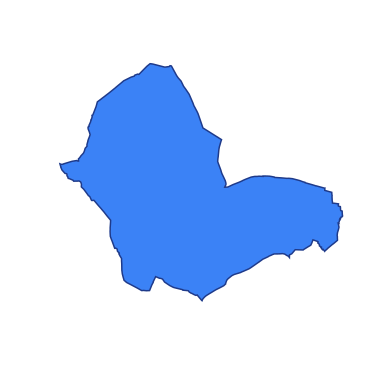 the district of Ozolaines pag., Rezeknes, Latvia, rotated 51°
{"feature_id": "27541924B10395676921147", "entity_name": "Ozolaines pag.", "entity_type": "district", "adm_level": 2, "iso_a3": "LVA", "parent_name": "Latvia", "parent_adm1": "Rezeknes", "projection": "robinson", "projection_center": [27.268, 56.437], "detail": "fine", "context": "isolated", "style": "filled", "palette": "blue", "viewbox_px": 384, "rotation_deg": 51, "n_neighbors": 0, "source": "geoboundaries", "source_scale": "gbopen_adm2", "svg_char_len": 5624}
<svg xmlns="http://www.w3.org/2000/svg" viewBox="0 0 384 384"><g transform="rotate(51 192 192)"><path d="M272.6,86.3L272.5,86.5L265.4,91.6L265.1,92.0L264.9,92.1L264.5,92.3L261.7,94.2L255.9,98.3L255.6,98.1L253.8,99.4L250.9,101.1L249.1,102.4L244.8,105.6L242.4,108.0L241.0,109.8L237.7,113.2L232.6,118.7L232.2,118.6L230.4,120.1L228.5,121.8L226.8,123.7L224.3,126.7L224.6,126.9L223.9,127.7L223.3,128.4L221.8,130.1L221.2,131.1L220.4,132.2L219.4,133.4L217.6,136.7L215.8,142.4L215.6,143.1L215.1,144.9L214.9,146.0L214.1,149.1L213.1,152.2L212.1,155.3L210.7,161.0L209.0,163.4L208.9,163.5L208.8,163.2L208.4,162.7L208.2,162.3L207.9,161.5L207.6,161.0L207.2,160.6L206.8,160.3L206.3,160.0L205.0,159.4L204.0,159.0L201.6,158.4L200.0,158.0L197.0,157.3L196.0,157.0L195.2,156.7L194.7,156.5L193.3,155.9L192.2,155.5L189.5,154.6L186.5,153.6L185.1,153.1L184.5,152.9L182.5,151.0L180.8,149.2L176.3,144.8L175.4,143.8L174.2,142.4L172.8,140.4L170.9,137.7L169.9,136.1L161.1,139.1L155.5,141.0L149.1,143.2L140.7,140.1L134.9,138.0L132.4,137.4L126.7,136.3L126.4,136.3L123.2,135.2L114.2,132.7L108.4,132.2L104.5,132.0L102.8,131.6L99.0,130.7L94.5,130.9L91.9,130.7L81.1,128.7L80.2,129.4L80.0,129.6L80.2,130.7L78.2,134.0L77.8,134.6L68.6,141.4L67.7,142.1L65.9,143.8L65.9,147.9L66.4,152.5L67.2,159.3L66.2,160.0L65.2,162.9L65.4,163.5L65.6,164.0L64.4,167.0L62.6,175.0L62.8,187.9L62.8,194.7L62.4,208.8L65.2,212.7L67.1,216.0L69.6,220.4L69.7,220.7L69.7,221.1L69.5,221.5L70.0,221.9L70.6,222.1L70.8,222.3L71.1,222.8L72.1,224.3L72.5,224.8L72.3,225.0L73.8,226.9L74.1,227.6L75.2,229.7L75.2,229.8L76.4,230.9L76.5,231.0L76.8,231.0L76.0,231.4L76.5,232.3L77.8,233.1L80.7,234.0L81.9,234.5L83.3,235.1L84.9,237.6L85.3,238.5L86.7,240.7L86.9,240.8L89.0,243.8L89.3,244.0L90.4,244.9L90.8,247.5L92.6,250.1L93.5,252.0L94.0,255.6L94.3,256.5L94.7,258.0L94.8,259.4L96.5,260.7L95.6,261.6L95.0,261.8L94.8,262.1L94.6,262.5L92.7,265.8L92.2,267.0L91.9,267.7L91.6,268.5L89.4,273.9L89.1,275.0L88.4,276.0L88.1,276.3L87.0,276.9L87.6,277.2L90.1,278.2L90.2,278.3L90.3,278.2L91.0,278.6L93.1,279.2L95.5,279.1L97.6,279.0L98.9,277.9L100.0,278.3L100.2,278.5L100.6,278.9L100.8,279.0L101.1,279.0L101.7,278.9L101.9,278.9L102.8,279.4L103.0,279.5L103.4,279.6L103.6,279.6L104.3,279.0L108.1,277.0L109.0,277.2L109.3,276.9L111.5,274.1L112.3,272.9L112.7,272.7L114.0,272.2L114.8,272.4L116.1,272.9L116.6,273.2L117.7,274.2L118.4,274.8L121.7,274.4L126.9,274.6L129.7,274.8L130.1,274.6L131.0,274.4L131.6,274.4L133.1,274.8L135.0,275.3L135.6,275.2L136.7,273.5L137.6,273.4L143.4,273.3L147.3,273.1L148.4,273.1L151.9,273.0L157.3,273.1L162.7,273.0L163.4,273.6L164.1,274.2L168.5,278.3L169.2,278.8L171.0,280.4L172.6,281.6L175.1,283.4L177.9,284.4L179.6,284.9L187.1,287.5L187.3,287.4L187.3,287.1L187.3,286.9L187.5,286.7L188.4,286.3L188.9,286.2L189.3,286.1L189.6,286.2L190.8,287.1L191.0,287.1L191.3,287.2L192.7,287.1L193.1,286.9L193.3,286.9L193.6,287.0L193.9,287.1L193.9,287.4L193.9,287.5L193.5,287.6L196.4,288.2L199.3,288.6L200.1,289.2L201.2,290.1L203.6,291.8L208.6,295.7L211.8,297.7L215.1,299.2L218.0,300.4L218.3,300.3L218.6,300.2L219.1,300.1L220.2,300.0L220.8,299.7L221.3,299.7L222.0,299.4L225.6,297.8L232.4,294.9L237.0,293.1L237.9,291.7L240.0,289.6L241.9,287.0L238.9,281.6L237.8,279.0L237.4,278.7L234.9,273.5L238.5,271.6L239.7,270.5L241.2,269.7L244.7,270.0L250.6,268.2L254.4,266.5L255.8,265.5L262.1,260.7L262.5,260.9L266.4,257.0L268.1,257.1L269.5,256.5L269.9,256.5L270.6,256.0L273.4,254.8L274.8,254.0L275.3,252.8L277.4,252.8L282.3,252.7L282.8,252.6L282.3,251.7L282.1,251.3L281.8,250.2L281.7,249.4L281.6,248.8L281.5,247.6L281.5,246.1L281.6,245.3L281.9,242.8L282.4,239.4L282.6,237.8L283.0,234.9L284.0,230.4L284.5,227.9L284.8,226.3L284.6,223.7L284.2,223.5L284.0,223.1L283.0,221.5L282.7,221.0L282.5,220.5L282.3,220.0L282.3,219.7L282.2,219.2L282.1,218.4L282.1,215.6L282.1,215.2L282.1,213.7L282.6,211.3L283.0,210.2L284.6,206.3L285.2,204.8L285.3,204.1L285.4,203.7L285.9,202.1L287.6,195.9L287.9,193.0L287.9,192.7L288.0,191.5L288.2,188.8L288.7,181.4L288.8,179.2L289.3,177.3L290.2,173.6L290.4,171.9L290.8,170.9L291.4,168.4L291.7,167.8L291.8,167.2L294.3,164.0L295.5,162.4L296.9,160.4L298.6,159.0L300.9,158.3L301.9,157.7L302.2,157.7L303.4,157.5L304.2,157.5L303.5,156.9L302.3,155.9L302.3,155.4L302.8,153.4L302.4,151.2L301.8,148.1L304.5,145.0L307.0,142.1L307.0,141.1L307.3,138.9L307.4,138.0L307.6,136.4L308.0,133.9L308.1,133.2L307.1,131.1L305.3,128.1L307.4,126.8L309.8,125.3L310.6,125.9L310.7,126.3L312.7,126.0L312.8,126.1L313.0,126.1L314.1,126.9L316.1,126.2L316.0,126.7L317.9,126.9L319.0,126.9L319.0,126.2L321.6,126.2L321.4,125.7L321.4,125.1L321.4,124.1L321.3,122.5L321.2,121.8L321.1,115.7L321.2,114.8L321.1,109.4L320.7,109.0L319.4,108.1L318.2,107.1L317.2,106.6L316.0,105.4L314.9,104.2L314.6,103.7L314.0,102.8L312.7,101.0L312.1,100.2L311.8,99.9L311.6,99.7L311.3,99.7L310.4,99.2L310.1,98.9L309.6,98.6L309.3,98.6L309.2,98.6L309.0,98.4L308.9,98.3L308.6,98.2L308.6,97.9L308.4,97.9L308.5,97.8L308.4,97.8L308.4,97.6L308.2,97.5L308.2,97.3L308.2,97.1L308.0,96.9L307.9,96.7L307.7,96.3L307.5,96.1L307.2,95.7L307.1,95.4L307.0,94.9L306.8,94.8L306.5,94.8L306.5,94.7L306.5,94.4L306.3,94.4L306.2,94.2L305.9,94.0L305.9,93.9L306.1,93.9L306.2,93.7L305.6,93.5L305.6,93.4L305.7,93.2L305.9,92.9L305.6,92.5L305.5,92.3L305.4,92.2L305.5,92.1L305.6,91.5L305.6,91.3L305.7,91.1L305.7,90.8L305.6,90.6L305.3,90.4L305.4,90.1L304.5,89.5L304.0,89.3L303.0,88.5L302.8,88.4L302.5,88.2L301.6,87.5L301.3,87.3L300.0,88.1L298.8,87.4L297.8,86.6L296.7,85.9L295.1,87.1L294.8,87.0L294.5,86.8L293.4,85.6L290.2,88.6L290.0,88.9L289.0,89.8L287.8,88.9L287.1,88.6L283.7,86.1L283.0,85.4L281.9,84.8L280.2,83.6L274.3,87.8L272.6,86.3Z" fill="#3b82f6" stroke="#1e3a8a" stroke-width="1.5"/></g></svg>